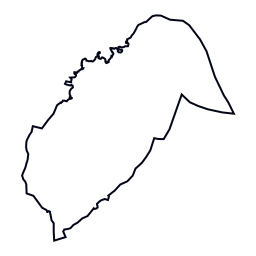 outline of Mobbar, Borno, Nigeria
{"feature_id": "59680162B87872962443621", "entity_name": "Mobbar", "entity_type": "district", "adm_level": 2, "iso_a3": "NGA", "parent_name": "Nigeria", "parent_adm1": "Borno", "projection": "mercator", "projection_center": [12.643, 13.067], "detail": "fine", "context": "isolated", "style": "outline", "palette": "ink", "viewbox_px": 256, "rotation_deg": 0, "n_neighbors": 0, "source": "geoboundaries", "source_scale": "gbopen_adm2", "svg_char_len": 4861}
<svg xmlns="http://www.w3.org/2000/svg" viewBox="0 0 256 256"><path d="M163.7,139.1L169.5,129.3L173.8,117.0L181.7,94.5L189.9,102.3L198.4,106.1L207.9,109.3L222.2,112.4L233.9,113.7L228.4,102.6L223.8,95.3L214.9,76.7L206.5,51.2L200.1,39.5L189.2,25.2L183.0,20.8L170.0,19.7L160.9,15.6L155.9,15.4L152.4,16.2L149.5,18.8L146.2,21.9L144.4,22.2L138.3,25.0L137.4,26.4L136.9,27.1L136.7,27.7L135.8,29.5L133.7,33.3L131.6,35.7L130.7,37.5L127.1,39.4L127.2,39.8L127.3,40.2L127.2,40.6L127.1,40.9L126.8,41.1L126.6,41.2L126.4,41.4L126.1,41.5L126.1,41.8L126.1,42.0L126.0,42.4L126.0,42.6L125.9,42.8L126.1,43.0L126.5,43.1L126.8,43.1L127.1,42.7L127.5,42.6L127.7,42.8L127.9,43.0L128.1,43.4L128.4,43.6L128.4,44.4L128.3,45.2L128.1,45.8L128.0,46.2L126.9,46.3L125.1,46.2L123.8,47.1L121.9,47.4L121.4,47.3L121.0,47.3L120.4,47.0L119.9,46.7L119.3,46.9L119.1,47.0L118.9,47.0L118.6,47.1L118.4,47.2L118.4,47.5L118.3,47.8L118.5,48.2L118.6,48.6L119.1,49.2L120.0,49.7L120.5,49.8L121.1,49.7L121.5,49.8L121.8,49.8L121.9,50.0L122.0,50.1L122.1,50.3L122.1,50.5L122.2,50.8L122.1,51.1L122.0,51.4L121.9,51.6L121.7,51.8L121.3,52.1L120.9,52.3L120.6,52.4L120.4,52.5L120.3,52.4L120.1,52.4L119.7,52.4L119.2,52.3L118.9,52.3L118.6,52.1L118.2,51.7L117.9,51.4L117.8,51.2L117.8,50.8L118.0,50.6L118.0,50.3L117.9,50.0L117.9,49.7L117.7,49.4L117.4,49.1L117.1,48.9L117.0,48.6L116.8,48.4L116.5,48.2L116.3,48.1L116.0,48.1L115.8,48.0L115.5,48.0L115.2,48.1L114.5,48.7L113.9,48.8L113.3,48.3L112.2,48.1L111.9,48.1L112.0,48.3L112.1,48.6L111.8,48.8L111.4,49.0L111.2,48.9L111.2,48.5L111.2,48.1L110.9,47.9L110.5,48.0L110.3,48.1L110.4,48.6L110.7,49.4L110.9,49.9L111.1,50.4L111.6,50.9L112.0,51.4L112.2,51.8L112.2,52.3L112.5,52.4L112.8,52.5L113.0,53.0L113.2,53.3L113.4,53.7L113.1,54.5L112.8,55.0L112.5,55.5L112.2,55.6L111.8,55.6L111.5,55.6L111.4,55.8L111.2,56.2L111.3,56.4L111.6,56.3L111.8,56.1L112.0,56.2L112.0,56.4L111.9,57.0L111.7,57.2L111.1,57.4L110.6,58.1L110.0,59.0L109.5,59.4L108.8,60.1L108.7,61.0L108.8,61.7L108.7,62.1L108.4,62.3L108.2,62.3L108.1,62.1L107.8,61.7L107.5,61.7L107.3,62.0L107.6,62.4L107.6,62.6L107.1,62.9L106.5,63.1L106.1,62.9L105.7,62.4L105.4,61.8L105.4,61.4L105.5,60.8L105.3,60.3L105.4,59.9L105.2,59.2L104.7,58.6L103.9,58.2L103.2,57.8L102.9,57.6L102.6,57.4L102.2,57.4L101.8,57.5L101.7,57.6L101.5,58.0L101.4,58.4L101.0,58.7L100.0,58.8L99.2,58.4L98.6,58.2L98.4,57.3L98.2,56.8L98.4,56.5L98.6,56.8L98.9,56.7L98.9,56.4L98.8,56.1L98.4,55.4L98.4,55.0L98.2,54.5L98.2,54.3L98.3,54.1L98.5,54.1L98.6,53.9L98.6,53.7L98.8,53.4L99.3,53.3L99.3,53.2L99.6,53.2L99.9,52.9L99.9,52.4L99.4,52.1L98.7,52.2L98.4,52.5L97.5,53.9L97.5,55.4L97.1,56.2L96.2,56.8L95.5,57.9L95.3,58.7L95.2,59.2L94.2,60.2L94.2,60.3L94.0,60.5L93.8,60.6L93.6,60.9L93.4,61.0L93.2,61.1L93.0,61.3L92.2,61.5L91.9,61.2L91.0,60.9L90.4,61.2L89.1,61.2L88.6,61.2L87.6,60.9L86.5,60.6L86.4,60.6L86.4,60.0L86.1,59.3L85.5,58.7L84.6,58.7L84.0,59.3L83.6,59.3L83.0,59.7L82.4,60.0L82.1,60.9L81.8,61.5L82.1,62.2L82.1,62.8L81.8,63.4L81.5,63.4L81.5,64.1L81.5,64.4L81.8,64.7L81.5,65.3L82.1,65.6L82.1,67.8L82.7,68.2L83.3,68.2L83.0,68.8L82.7,69.1L82.2,69.1L81.2,69.1L80.6,69.7L80.0,70.1L79.7,70.1L79.3,70.4L79.0,70.7L78.6,71.1L78.4,71.3L78.4,71.6L77.5,71.7L77.3,72.2L77.1,72.6L76.9,73.0L76.2,72.9L75.7,72.3L74.4,72.2L74.3,73.6L74.7,74.1L75.5,74.0L75.8,74.3L76.0,74.9L76.0,75.4L75.7,76.3L75.1,77.0L74.7,77.3L73.9,77.4L71.8,77.5L70.2,77.6L70.9,78.4L71.4,78.9L71.6,79.8L71.3,80.5L71.0,81.5L71.1,82.3L66.2,81.3L65.7,82.4L65.0,83.9L66.3,84.5L68.7,85.1L70.0,85.4L70.5,85.4L70.6,85.2L71.2,85.0L71.6,85.0L71.8,85.2L72.2,85.6L72.6,85.7L72.7,86.6L72.9,87.3L72.6,87.8L71.4,88.5L69.8,90.9L69.6,92.3L69.7,94.1L69.8,94.9L70.2,95.3L70.5,96.0L70.4,96.6L69.8,96.9L69.6,97.9L70.3,98.1L71.5,97.7L71.9,98.0L71.8,98.3L71.0,98.7L69.5,99.0L67.8,99.9L67.1,101.0L66.8,101.3L66.5,101.3L65.8,101.0L65.5,101.0L64.6,100.7L64.0,100.7L63.4,100.7L62.8,100.7L62.7,101.0L62.6,101.5L62.2,101.8L62.0,102.1L61.6,102.3L61.4,102.5L60.6,102.5L60.6,103.0L60.3,103.0L58.5,104.0L58.2,104.3L58.1,104.5L57.9,104.7L57.1,105.2L56.7,106.0L55.3,109.5L53.5,113.7L50.7,117.0L47.9,120.3L41.9,128.4L32.8,126.2L31.6,131.9L29.6,134.7L26.9,140.1L26.4,141.8L26.1,147.0L26.7,150.6L28.3,154.1L27.6,159.7L27.1,161.5L26.9,162.2L26.8,162.3L26.7,162.6L26.4,163.6L25.5,167.1L24.7,169.2L23.0,173.0L22.5,174.5L22.1,175.6L23.3,179.3L25.3,181.7L26.3,184.6L26.6,193.4L33.4,195.8L42.2,207.8L46.4,210.0L47.3,211.2L47.1,211.8L47.6,212.0L48.7,211.1L49.9,211.7L51.6,220.4L53.7,223.2L53.7,231.6L54.2,240.6L65.6,237.1L63.2,231.5L64.3,229.5L67.8,229.0L70.4,228.2L73.5,224.9L77.5,222.7L79.3,221.1L82.4,218.3L87.5,216.1L93.6,208.5L93.8,209.0L96.4,208.5L97.6,207.5L97.5,205.8L97.1,205.2L97.1,204.2L97.0,203.8L99.9,201.1L101.4,200.2L104.7,199.0L108.0,200.0L108.9,196.5L108.3,195.6L114.7,190.6L120.3,184.5L127.4,181.3L132.8,175.5L135.5,168.6L142.0,162.7L146.0,157.2L150.3,150.4L154.2,138.2L158.3,139.0L163.7,139.1Z" fill="none" stroke="#020617" stroke-width="2"/></svg>